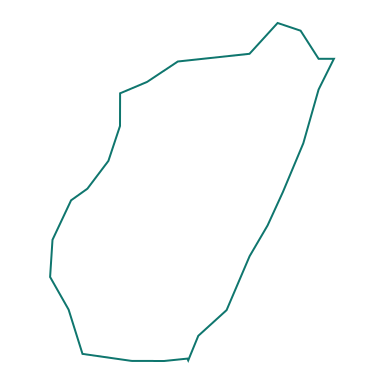 Sotenäs, Västra Götaland, Sweden (Albers equal-area conic projection)
{"feature_id": "70781695B30860810516281", "entity_name": "Sotenäs", "entity_type": "district", "adm_level": 2, "iso_a3": "SWE", "parent_name": "Sweden", "parent_adm1": "Västra Götaland", "projection": "albers", "projection_center": [11.361, 58.424], "detail": "fine", "context": "isolated", "style": "outline", "palette": "teal", "viewbox_px": 384, "rotation_deg": 0, "n_neighbors": 0, "source": "geoboundaries", "source_scale": "gbopen_adm2", "svg_char_len": 458}
<svg xmlns="http://www.w3.org/2000/svg" viewBox="0 0 384 384"><path d="M120.1,93.3L120.0,126.0L108.4,160.9L87.4,188.7L71.1,200.3L52.5,239.8L50.1,277.0L68.6,309.6L82.5,353.9L131.5,360.9L164.1,361.0L187.4,358.6L188.2,360.4L198.3,335.8L226.6,310.1L249.6,256.2L267.6,225.4L282.9,192.0L303.3,143.3L318.6,89.5L333.9,58.8L318.6,58.8L300.6,30.7L291.7,27.7L277.6,23.0L249.5,53.8L177.8,61.5L147.1,81.9L120.1,93.3Z" fill="none" stroke="#0f766e" stroke-width="2"/></svg>